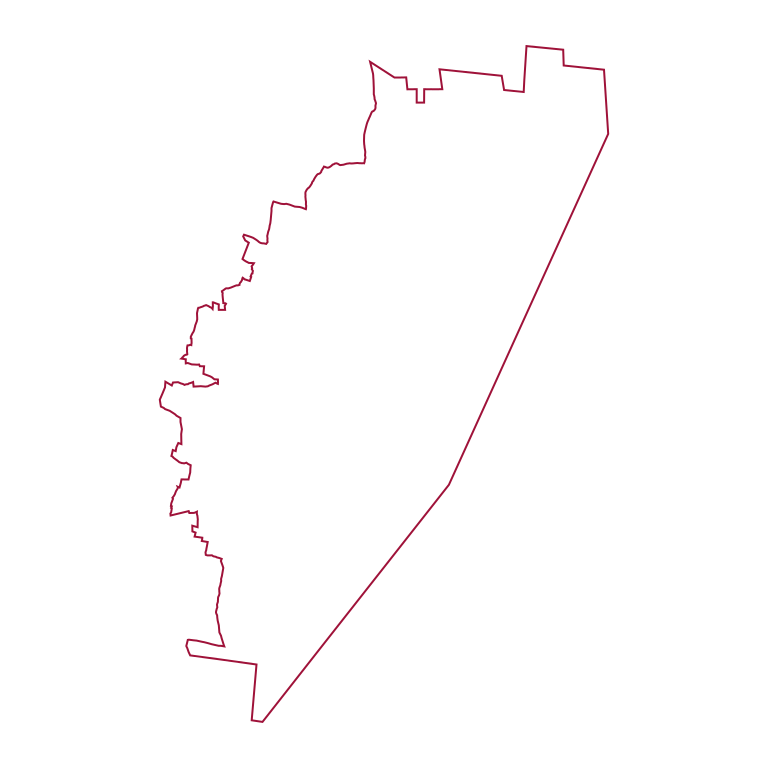 outline of Chemax, Yucatán, Mexico
{"feature_id": "50627088B8241374845255", "entity_name": "Chemax", "entity_type": "district", "adm_level": 2, "iso_a3": "MEX", "parent_name": "Mexico", "parent_adm1": "Yucatán", "projection": "equal_earth", "projection_center": [-87.917, 20.732], "detail": "fine", "context": "isolated", "style": "outline", "palette": "rose", "viewbox_px": 768, "rotation_deg": 0, "n_neighbors": 0, "source": "geoboundaries", "source_scale": "gbopen_adm2", "svg_char_len": 6095}
<svg xmlns="http://www.w3.org/2000/svg" viewBox="0 0 768 768"><path d="M608.2,133.9L604.0,69.7L563.7,65.5L563.2,49.7L526.5,46.1L524.3,80.1L523.7,92.0L504.1,90.0L502.8,82.4L501.7,75.8L439.5,69.3L442.3,89.2L432.9,89.3L430.8,89.2L430.1,89.3L424.2,89.2L424.1,102.6L416.7,102.6L416.7,89.2L407.4,89.3L406.2,77.4L400.8,77.5L394.4,77.5L370.1,61.8L373.0,73.6L373.2,75.3L373.3,77.6L373.5,80.3L373.8,88.3L373.8,89.0L373.8,89.7L373.8,94.4L374.1,95.3L374.5,97.4L374.6,99.2L375.1,100.4L376.0,103.2L375.4,105.9L375.5,106.8L375.5,107.7L375.4,108.3L375.2,109.0L374.8,109.6L374.5,110.0L374.1,110.4L373.7,110.9L373.2,111.2L372.7,111.3L372.3,111.5L371.6,112.4L369.8,116.7L369.2,117.9L368.5,119.6L367.7,121.4L367.2,122.7L366.7,124.3L365.9,127.4L365.6,128.6L364.9,131.5L364.2,134.7L364.1,137.5L364.0,140.8L364.2,144.3L364.4,145.6L364.6,147.7L364.9,149.4L365.1,150.5L365.3,152.0L365.0,155.5L365.3,156.6L365.4,158.1L365.1,158.8L364.8,160.0L364.6,161.9L364.1,163.3L363.6,163.2L361.3,163.3L360.6,163.2L359.4,163.2L357.3,163.0L355.0,163.2L353.1,163.4L351.2,163.5L349.6,163.3L348.4,163.5L346.8,163.7L343.5,164.7L340.3,165.1L339.6,164.9L338.3,164.0L337.2,163.5L336.4,163.3L334.7,163.6L333.9,164.2L332.6,164.6L331.4,165.8L330.3,166.6L329.4,167.2L328.8,167.4L328.3,167.6L327.6,167.7L327.0,167.6L325.7,167.2L324.9,166.8L323.9,166.6L323.5,167.6L322.9,168.3L322.6,169.0L322.0,169.9L321.3,171.1L321.2,171.9L320.0,173.3L319.2,173.7L317.6,174.2L316.7,175.2L315.6,176.7L314.3,178.8L313.3,180.9L312.6,181.5L312.0,182.7L311.9,183.4L311.1,184.6L310.7,185.3L310.3,185.9L309.1,187.5L308.5,187.8L307.5,188.8L307.0,189.4L306.5,190.1L305.5,192.1L305.4,193.0L305.4,194.2L305.5,195.0L305.4,196.8L305.6,198.7L305.7,200.0L306.0,201.8L305.9,204.5L306.2,205.8L306.0,208.7L305.9,209.2L305.3,209.0L302.1,207.7L299.6,207.0L294.8,206.6L289.5,204.6L286.3,203.8L284.1,204.1L281.1,203.8L273.5,201.5L273.1,202.2L272.8,203.2L272.1,205.8L271.5,208.1L271.5,211.0L270.7,220.0L270.3,223.2L269.6,225.9L269.5,226.9L269.1,229.2L268.2,231.7L267.5,234.9L267.2,235.9L267.5,238.6L267.4,239.6L267.4,240.7L267.6,242.0L266.2,243.9L265.8,243.8L264.0,243.4L262.3,243.3L261.2,243.1L260.3,242.8L258.7,241.8L258.0,241.1L256.4,239.9L253.1,237.8L252.8,237.7L251.3,237.1L249.9,236.6L244.0,234.7L243.2,236.4L245.2,240.4L248.8,242.7L242.5,259.0L244.3,260.4L246.6,261.8L247.4,262.1L248.7,262.9L251.4,263.0L253.9,263.2L253.1,264.5L251.6,266.3L252.2,268.3L251.8,269.1L252.9,270.9L252.6,272.1L252.5,273.4L251.8,273.6L250.6,276.5L251.2,276.9L249.8,281.0L245.6,279.6L245.1,279.6L244.9,279.3L243.3,278.6L243.4,278.2L242.7,277.7L242.4,278.2L242.0,280.1L240.8,282.1L240.1,282.7L239.8,283.4L239.5,284.2L239.5,284.9L238.7,285.1L237.9,285.4L236.8,285.3L235.7,285.6L230.8,287.6L228.2,288.4L226.5,288.3L225.7,288.5L222.9,290.6L221.9,291.2L222.0,291.9L222.3,292.5L222.7,293.0L222.5,294.6L222.8,298.0L223.3,302.5L223.3,303.1L223.9,303.2L225.1,303.3L225.4,303.4L226.3,303.2L226.5,303.0L224.7,305.9L225.1,309.9L218.8,309.9L218.7,307.7L218.8,304.4L216.8,303.7L215.9,303.4L213.2,302.3L212.8,302.3L212.8,303.7L212.9,306.3L212.6,309.0L211.9,308.2L210.7,307.3L209.7,307.0L208.7,306.2L206.1,305.1L205.4,305.4L203.8,305.9L203.0,306.4L201.4,307.0L200.6,307.2L199.5,307.7L198.7,307.8L198.3,307.8L197.9,308.7L197.7,309.9L197.4,311.2L197.0,313.2L197.2,317.9L197.2,319.7L197.0,320.1L196.8,321.3L195.2,325.5L195.1,326.4L194.6,328.1L194.5,328.7L194.1,330.2L193.6,331.5L193.2,332.2L192.4,333.4L190.8,336.7L190.8,338.4L191.5,338.6L191.6,343.1L191.4,344.0L191.3,345.1L190.6,344.9L189.9,344.9L189.0,345.3L187.5,345.4L187.1,347.2L187.0,348.6L187.1,349.5L187.0,351.3L187.3,354.3L186.8,354.7L185.5,354.8L183.7,355.9L183.4,356.6L182.3,357.5L182.0,358.1L181.4,358.6L185.8,359.3L185.7,360.5L185.8,363.4L187.8,363.0L191.7,364.4L197.4,364.7L199.1,364.5L199.8,366.2L204.1,366.3L203.4,373.8L210.1,376.3L211.8,377.2L214.4,379.3L217.9,379.5L218.0,382.5L217.9,383.9L217.1,383.6L216.5,383.2L215.6,382.7L213.5,383.7L212.7,384.2L209.3,385.5L207.8,386.3L205.4,386.6L200.8,386.2L193.6,386.6L193.1,382.0L192.4,382.3L191.2,382.8L188.8,383.5L187.9,384.2L186.2,384.3L184.4,384.9L183.8,384.4L182.6,383.9L180.8,383.4L178.1,382.2L173.0,382.5L171.8,385.5L165.4,381.7L165.0,387.4L162.4,393.7L159.8,399.7L160.9,406.6L163.7,407.9L165.1,409.1L169.7,410.8L173.9,413.5L175.2,414.4L176.5,415.7L180.5,418.0L180.5,418.9L180.5,422.0L181.3,426.1L181.9,429.2L181.2,434.0L181.4,444.1L178.3,443.0L176.4,447.2L175.7,451.1L172.8,450.0L172.0,453.8L171.4,456.0L172.7,456.7L173.0,457.2L173.8,458.0L178.0,461.1L179.3,462.2L181.9,463.1L182.8,463.1L184.1,463.4L186.4,462.7L188.1,464.0L190.7,465.2L190.4,468.3L190.2,472.5L189.4,475.6L188.5,479.5L181.5,479.4L180.8,482.9L179.5,487.5L177.6,486.7L178.0,487.7L177.2,489.3L176.2,490.8L175.4,492.7L174.9,494.2L173.9,495.9L173.2,496.8L172.4,497.8L173.0,498.8L171.3,503.3L170.9,506.0L171.8,506.3L171.1,507.9L171.8,508.3L171.2,512.1L170.9,512.8L170.4,513.5L170.6,515.5L188.7,511.1L189.3,513.0L193.8,512.9L194.7,512.7L196.9,511.7L196.8,512.7L196.9,513.9L197.0,514.5L197.4,515.7L197.8,519.4L197.7,521.0L197.6,527.2L192.3,525.7L192.4,531.4L195.6,532.6L194.6,536.6L202.3,537.7L202.2,539.0L201.8,541.0L207.7,542.0L206.8,546.8L206.4,548.8L206.2,550.3L205.8,551.3L205.5,552.4L205.8,554.9L207.4,555.4L210.1,555.4L211.9,555.3L213.4,556.3L215.9,556.8L216.6,557.3L219.3,558.0L221.7,558.9L220.9,561.0L222.5,565.4L223.3,567.9L221.9,576.0L221.4,577.9L221.2,578.4L221.1,579.4L221.2,581.0L220.6,583.5L220.3,585.3L219.7,586.9L219.3,588.2L219.2,589.2L219.3,590.4L219.3,591.4L219.5,593.5L219.2,594.7L219.0,595.5L218.4,596.5L218.1,597.5L218.0,598.6L218.0,599.7L217.9,600.8L217.9,601.8L217.1,604.2L217.0,604.8L217.1,605.5L217.3,607.4L216.7,608.9L216.4,610.2L216.1,611.3L216.0,612.4L216.1,612.9L216.6,614.3L217.1,615.2L217.3,617.8L217.7,620.7L218.8,625.3L219.4,632.5L221.0,635.7L221.6,638.1L223.6,644.5L224.3,646.4L220.9,645.8L218.7,645.8L211.6,644.2L207.8,643.1L204.2,642.2L202.1,641.8L196.6,640.6L193.6,640.3L188.9,639.7L187.8,639.9L186.3,646.0L186.9,647.4L187.2,647.9L188.6,652.0L190.2,655.4L219.3,659.3L256.5,664.5L251.7,720.3L262.5,721.9L319.0,649.9L448.9,484.8L514.7,339.7L608.2,133.9Z" fill="none" stroke="#9f1239" stroke-width="2"/></svg>